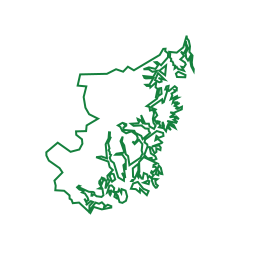 an SVG outline of Troms, rotated 155°
{"feature_id": "NOR-900", "entity_name": "Troms", "entity_type": "County", "adm_level": 1, "iso_a3": "NOR", "parent_name": "Norway", "parent_adm1": "", "projection": "albers", "projection_center": [18.955, 69.32], "detail": "fine", "context": "isolated", "style": "outline", "palette": "green", "viewbox_px": 256, "rotation_deg": 155, "n_neighbors": 0, "source": "natural_earth", "source_scale": "10m", "svg_char_len": 5813}
<svg xmlns="http://www.w3.org/2000/svg" viewBox="0 0 256 256"><g transform="rotate(155 128 128)"><path d="M164.4,147.8L151.2,149.1L157.4,156.9L158.0,164.4L155.1,174.8L148.2,183.3L155.7,187.7L148.7,196.8L124.2,186.0L114.0,186.3L108.6,181.1L102.2,183.6L98.3,177.8L68.4,180.8L62.6,184.8L60.5,184.0L61.8,182.0L60.1,178.7L61.9,175.2L71.5,170.9L73.8,175.5L75.8,176.2L74.2,172.2L78.1,169.9L83.4,174.1L89.1,174.7L84.4,172.5L82.1,168.6L77.8,167.6L83.7,163.6L91.9,168.5L91.9,166.4L90.8,165.4L83.9,162.5L90.2,158.2L93.8,159.7L93.2,158.2L90.2,156.7L90.6,155.3L83.0,157.6L85.8,153.3L84.7,150.8L89.7,144.1L88.5,143.1L89.3,142.3L101.8,139.9L99.7,138.2L100.7,134.5L97.7,134.0L98.1,130.5L101.6,125.8L102.7,121.9L102.1,118.3L104.8,116.2L107.8,120.3L107.3,123.1L110.7,124.6L110.7,134.2L112.3,125.0L113.2,129.6L115.4,132.2L115.7,130.5L115.0,129.3L116.5,127.9L123.5,130.6L122.0,127.6L114.8,124.7L112.6,120.3L109.6,118.6L110.4,116.7L110.1,114.2L119.5,111.7L119.3,115.2L123.4,120.5L123.5,122.8L132.7,128.1L132.0,130.3L128.6,130.9L127.6,132.9L129.5,131.5L130.0,133.0L129.4,133.7L130.8,135.0L136.0,134.6L134.5,132.4L134.4,127.8L131.9,124.0L126.2,123.5L123.2,118.0L123.3,115.0L124.9,113.1L128.0,111.8L129.7,113.8L128.8,110.6L123.0,112.6L121.8,107.3L125.2,101.7L125.6,98.7L129.3,95.8L142.4,93.7L139.8,102.5L141.1,105.2L138.8,113.9L139.4,118.2L136.4,122.5L140.3,119.3L141.5,107.3L149.4,109.6L150.7,109.1L144.4,106.2L143.4,100.3L147.8,90.9L146.9,96.5L147.9,96.2L151.6,83.8L151.7,88.1L152.5,89.7L152.4,85.0L154.0,81.9L157.7,87.3L155.6,102.2L157.3,105.5L157.2,108.7L154.7,110.8L155.5,111.9L154.7,113.9L155.0,116.1L153.4,117.3L152.4,122.7L147.8,126.7L148.3,127.6L146.2,131.6L147.0,132.1L150.0,126.8L155.1,122.7L159.9,109.4L164.1,113.4L169.2,115.0L160.0,105.9L161.1,100.4L159.5,96.3L166.9,93.4L167.8,90.5L166.9,87.8L174.1,82.7L169.4,89.6L170.9,90.1L170.7,92.0L172.7,94.1L173.4,93.4L172.0,91.5L176.1,87.8L176.4,89.3L175.2,92.4L176.5,91.8L177.5,89.9L177.0,85.5L179.8,85.4L176.9,83.6L178.7,77.4L181.1,76.7L185.3,79.4L186.5,81.7L185.9,83.7L186.7,84.8L190.4,86.7L198.1,95.8L196.3,95.9L196.9,96.5L199.2,95.7L198.0,92.7L194.4,89.7L196.9,89.1L194.7,86.8L194.0,82.1L194.3,79.4L196.6,79.1L197.4,82.4L197.1,76.9L198.6,75.8L192.6,77.4L190.9,75.7L195.8,73.8L197.9,69.5L188.9,74.1L186.3,71.6L183.1,71.7L181.8,68.1L183.2,66.3L178.8,67.0L176.2,64.2L176.8,63.0L186.1,65.3L192.5,71.0L198.1,66.8L203.9,81.1L209.8,83.2L209.5,86.8L210.8,88.6L209.5,91.6L212.4,98.1L220.2,102.3L217.9,106.3L216.9,111.4L206.2,115.4L207.0,120.6L213.5,131.9L213.6,137.5L212.3,140.5L197.9,144.4L190.1,130.7L181.2,129.1L176.0,133.0L174.5,137.2L177.8,143.7L176.5,146.9L167.3,142.9L164.4,147.8ZM100.0,119.7L100.4,125.3L96.2,127.1L96.2,130.6L97.2,132.1L95.0,133.0L98.2,136.5L97.7,137.4L85.0,139.6L86.1,136.2L84.7,136.3L77.3,144.4L76.5,146.7L77.9,147.2L75.6,149.4L73.4,149.0L76.0,145.1L75.3,144.2L68.0,146.1L66.8,143.7L68.0,141.5L69.9,142.7L69.9,141.1L74.0,140.8L74.1,138.8L77.1,136.0L70.2,136.2L70.8,134.8L69.8,134.3L75.0,134.0L76.6,132.1L75.6,132.4L75.2,129.7L73.9,131.1L72.5,130.5L73.2,129.0L70.6,128.9L76.3,128.2L74.2,125.7L75.9,125.2L75.3,124.5L70.1,124.5L71.4,122.2L80.1,122.4L83.1,124.4L80.3,121.0L85.7,120.1L79.4,118.1L78.1,114.6L81.2,117.6L81.0,116.2L83.2,116.2L81.0,113.2L82.1,112.3L89.4,117.8L85.3,111.2L85.2,107.9L89.8,114.5L90.7,113.7L90.0,108.0L92.2,112.3L94.9,109.0L95.7,112.6L94.4,115.0L94.0,118.9L96.9,113.6L99.6,115.6L97.8,116.5L97.9,118.8L96.7,120.3L98.3,121.6L98.9,119.5L100.0,119.7ZM44.4,152.0L44.6,157.1L42.9,163.8L39.9,167.6L45.1,163.8L45.6,167.1L44.1,171.4L39.8,174.9L39.7,179.9L38.6,182.1L40.3,180.7L40.8,176.5L42.0,174.9L45.9,172.0L47.8,174.8L46.8,169.6L51.5,168.1L48.7,163.3L48.8,161.2L51.7,159.4L53.6,160.8L53.1,156.3L57.6,160.3L58.0,162.7L60.6,162.2L58.9,164.6L60.4,166.0L59.6,167.3L59.6,169.4L60.8,170.5L59.6,172.3L60.2,174.2L58.3,177.6L58.3,179.5L52.0,175.7L43.8,177.7L35.8,186.9L36.7,184.5L36.0,181.5L37.3,175.8L40.2,171.0L38.9,166.4L42.4,160.6L43.6,157.0L43.5,153.6L44.4,152.0ZM123.1,92.1L124.6,96.7L118.1,103.0L117.5,105.0L119.1,108.0L117.4,110.3L103.2,113.1L98.3,108.7L99.2,105.8L104.3,106.2L105.6,108.8L108.3,105.4L105.6,105.5L103.1,100.5L103.8,100.1L114.1,101.1L107.2,99.1L106.6,96.5L108.0,94.3L110.9,97.7L112.3,94.4L114.6,93.8L114.9,100.3L117.3,102.1L116.7,100.8L118.0,95.3L115.2,90.8L115.3,88.0L118.8,88.0L119.7,89.5L119.2,90.9L123.1,92.1ZM137.3,80.4L139.4,78.6L139.7,80.9L136.3,83.3L132.3,92.5L126.1,95.0L116.5,83.6L120.3,83.8L121.5,82.1L119.4,81.2L119.4,78.9L123.9,77.3L124.9,78.8L126.0,77.8L124.7,74.4L128.2,72.9L128.8,75.3L131.0,74.3L130.2,77.7L132.7,80.5L136.1,75.8L137.1,76.5L137.3,80.4ZM166.4,72.7L166.0,75.2L164.0,74.3L162.0,76.3L161.6,71.9L159.6,75.3L156.7,72.3L157.7,66.3L160.6,62.9L164.7,62.5L167.0,64.4L165.9,71.1L166.4,72.7ZM146.8,69.3L151.0,71.7L146.8,75.5L141.9,75.0L139.8,66.5L136.0,62.1L139.3,59.2L142.8,67.8L144.5,64.6L146.8,69.3ZM142.9,79.6L144.0,81.7L140.7,89.4L133.8,91.2L136.5,85.2L142.9,79.6ZM77.4,157.9L77.9,155.9L80.3,156.2L83.3,160.0L77.6,165.0L74.3,156.3L79.2,160.4L77.4,157.9ZM54.7,149.8L62.0,153.5L61.6,157.0L58.7,157.8L53.5,151.7L54.7,149.8ZM72.0,160.2L75.5,166.6L67.0,168.7L72.0,160.2ZM129.0,65.7L128.6,70.4L127.3,71.8L123.0,69.2L125.5,68.7L126.4,65.6L125.3,63.1L127.2,61.9L128.2,62.2L129.0,65.7ZM115.1,78.0L116.4,71.7L117.8,72.7L118.4,75.7L120.5,72.4L122.5,74.7L115.9,81.0L115.1,78.0ZM170.7,78.9L174.1,78.3L169.2,83.6L167.1,82.9L165.9,79.3L168.2,76.1L170.7,78.9ZM165.1,86.1L164.9,92.3L162.5,94.0L160.5,92.2L161.3,86.8L165.1,86.1ZM83.1,144.8L87.0,144.2L83.0,150.7L81.1,150.2L83.1,144.8ZM137.0,71.9L131.8,71.9L131.2,70.8L133.0,68.4L137.0,71.9ZM169.4,71.5L167.3,74.1L166.4,70.8L167.9,69.0L169.4,71.5ZM172.5,74.7L172.7,76.3L170.5,77.4L171.4,75.5L172.5,74.7ZM188.0,82.2L188.9,81.7L189.7,82.1L188.8,83.6L188.0,82.2ZM145.0,78.6L146.1,77.9L147.3,78.5L146.2,79.1L145.0,78.6Z" fill="none" stroke="#15803d" stroke-width="2"/></g></svg>